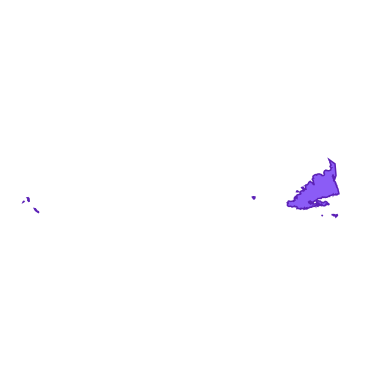 Supiori, Papua, Indonesia, rotated 305°
{"feature_id": "22746128B73598541988454", "entity_name": "Supiori", "entity_type": "district", "adm_level": 2, "iso_a3": "IDN", "parent_name": "Indonesia", "parent_adm1": "Papua", "projection": "albers", "projection_center": [135.52, -0.015], "detail": "fine", "context": "isolated", "style": "filled", "palette": "violet", "viewbox_px": 384, "rotation_deg": 305, "n_neighbors": 0, "source": "geoboundaries", "source_scale": "gbopen_adm2", "svg_char_len": 6042}
<svg xmlns="http://www.w3.org/2000/svg" viewBox="0 0 384 384"><g transform="rotate(305 192 192)"><path d="M297.2,285.5L296.6,286.4L296.4,287.2L295.1,288.2L295.1,288.8L294.2,289.6L293.9,290.5L293.1,290.3L292.0,290.5L291.6,291.7L291.3,292.0L291.6,292.4L291.1,292.3L289.5,293.0L287.9,291.9L287.4,291.2L287.2,290.4L286.6,289.6L286.8,289.3L286.7,289.1L285.3,288.5L284.7,288.5L284.2,288.7L284.1,288.9L283.2,289.0L282.8,290.1L282.1,290.5L281.5,290.5L280.7,290.1L280.0,289.1L280.5,288.4L280.5,288.1L280.2,287.8L280.3,287.4L279.9,286.7L280.0,286.3L279.6,285.6L278.4,284.3L277.9,284.2L277.5,284.5L277.3,284.4L277.3,283.8L277.0,283.0L274.7,282.1L273.6,282.4L273.0,283.6L272.6,283.3L271.5,283.1L271.4,283.7L270.9,284.1L271.0,284.7L269.9,285.6L269.9,285.8L269.1,286.3L268.9,286.9L268.1,287.7L267.9,287.5L267.9,286.9L268.1,286.5L268.1,286.3L268.6,285.6L268.4,285.1L268.6,284.7L268.2,284.0L268.5,283.3L268.4,283.3L268.3,282.6L267.8,282.5L267.5,282.3L266.6,282.2L266.0,282.5L265.1,282.5L264.5,282.2L264.1,282.3L264.0,282.0L263.2,281.6L263.1,281.3L262.1,281.5L261.9,281.3L261.9,281.8L261.5,282.3L261.0,282.5L260.2,282.5L260.1,283.2L259.7,283.8L259.3,283.4L259.3,282.9L258.6,282.9L259.3,282.5L258.4,282.0L257.1,281.8L256.6,282.2L256.3,281.7L255.5,280.9L254.3,280.6L253.4,280.9L253.4,281.6L253.0,281.5L252.8,282.1L252.5,282.1L250.4,280.2L249.8,279.8L249.3,279.8L247.9,281.1L247.0,281.6L247.0,280.9L246.7,280.6L246.8,280.5L247.0,280.5L247.4,280.8L247.7,280.5L247.6,280.3L248.0,279.9L247.7,279.2L247.4,279.2L246.5,279.7L246.3,279.6L246.1,279.3L245.6,279.3L245.0,280.4L244.4,280.4L244.5,280.7L244.4,280.9L244.0,280.5L243.7,280.8L243.4,280.8L243.2,280.2L242.8,280.5L242.6,280.5L242.4,279.8L240.9,278.3L240.1,276.4L239.8,276.2L238.8,276.3L238.6,276.7L238.2,276.8L237.9,276.5L237.8,277.1L237.5,277.0L237.5,277.3L236.1,277.5L235.7,278.0L235.6,278.7L235.8,279.7L237.0,281.1L237.1,281.7L237.0,282.2L237.1,282.6L238.5,283.7L239.2,283.9L239.4,284.2L239.0,284.6L239.0,285.0L240.1,286.1L240.1,286.3L239.7,287.0L238.9,287.2L238.7,287.4L239.2,287.6L239.1,287.9L239.5,288.3L239.4,288.5L239.9,289.5L240.1,290.5L240.3,290.5L240.2,290.7L240.4,290.8L240.7,290.7L240.8,291.0L241.2,290.8L241.5,291.2L242.0,292.6L242.3,292.7L242.2,293.1L242.5,293.0L242.6,293.8L242.9,293.7L243.0,293.3L243.3,293.3L243.1,293.5L243.3,294.0L243.9,294.4L243.7,294.4L243.5,294.8L244.1,294.9L244.7,295.3L244.8,295.6L244.6,295.7L244.9,295.8L244.8,296.0L245.0,296.0L245.8,296.8L247.2,297.3L247.3,297.6L247.6,297.7L247.6,298.1L248.4,298.9L248.8,298.7L249.5,298.7L250.0,299.4L250.0,300.0L250.4,300.1L250.5,300.5L251.3,300.7L251.8,301.2L251.6,301.5L252.1,301.3L253.5,302.0L253.3,302.3L253.3,302.5L252.4,302.9L252.5,303.4L253.4,303.5L253.6,303.8L254.1,303.9L254.3,304.1L255.1,304.2L254.9,304.7L256.3,305.1L256.2,305.8L255.9,306.0L256.0,306.3L255.9,307.2L256.1,307.5L256.8,308.6L257.3,308.9L257.9,308.7L258.3,309.1L258.7,309.2L258.8,308.9L259.1,308.8L259.1,309.3L259.4,309.3L259.2,309.7L259.7,309.8L259.5,310.1L260.0,310.5L260.0,311.2L260.4,311.3L260.7,311.0L260.8,310.5L260.6,309.9L261.1,308.3L261.0,307.1L260.6,306.5L260.3,306.6L258.8,305.7L258.4,305.6L258.4,304.9L257.7,304.0L258.0,303.4L258.1,302.2L257.6,301.6L257.4,300.8L256.6,299.7L255.3,299.7L255.0,300.6L255.3,301.0L254.9,301.1L254.6,301.6L254.7,302.2L255.0,302.3L254.8,302.4L255.0,302.8L254.5,302.7L254.3,302.1L253.7,301.7L253.4,301.0L253.7,300.2L253.2,300.0L251.9,298.6L251.8,298.4L252.3,297.9L252.1,297.5L251.9,297.4L251.9,297.2L251.6,297.2L251.6,297.4L251.8,297.4L251.5,297.6L251.3,297.2L251.6,296.9L251.4,296.9L251.2,296.6L251.4,296.4L251.1,296.5L250.9,296.2L251.1,295.8L250.9,295.8L250.7,296.1L250.6,295.9L250.9,295.7L250.4,295.8L250.5,295.6L250.3,295.5L250.5,295.1L250.3,295.0L250.4,294.2L250.2,293.8L250.4,293.6L250.5,294.0L250.7,293.8L251.1,293.9L251.1,293.4L251.3,293.4L251.3,293.6L251.8,293.6L252.5,294.1L252.3,294.9L252.4,295.1L252.2,295.3L252.3,295.8L253.1,297.1L253.7,297.2L253.8,297.1L254.3,297.4L254.9,297.4L254.9,297.6L255.3,298.0L256.1,298.4L256.8,298.3L257.1,298.7L258.9,298.9L259.5,299.8L260.2,300.4L260.5,301.1L260.9,301.1L261.0,301.5L261.4,301.4L261.7,301.6L262.1,301.5L262.3,301.7L262.6,301.7L262.6,302.1L262.8,302.2L263.0,302.8L263.3,302.8L263.8,303.5L263.7,303.8L264.1,304.5L264.4,304.5L264.8,305.0L265.0,304.8L264.8,305.1L265.0,305.4L265.6,305.7L265.7,305.9L266.7,306.3L267.1,306.7L267.5,306.6L267.8,306.8L267.7,307.1L268.0,307.0L269.6,308.3L270.4,308.6L270.4,309.0L270.9,309.0L270.6,309.3L271.1,309.2L271.1,309.4L270.9,309.7L271.9,310.9L272.3,311.8L272.6,312.0L272.6,311.6L272.7,311.8L272.8,311.6L272.9,312.0L274.1,312.6L274.3,313.1L274.8,313.4L276.3,311.8L276.6,311.3L278.1,309.9L278.8,308.7L278.8,308.2L279.4,307.9L279.6,307.4L279.5,307.2L279.9,306.9L280.5,306.8L280.6,306.3L280.5,305.7L280.8,305.4L281.6,305.0L281.8,304.6L281.7,304.2L281.9,304.2L282.4,303.7L282.6,302.3L282.4,301.9L282.6,301.6L282.9,301.2L283.3,301.3L283.6,301.1L284.0,300.4L284.5,300.3L284.4,299.7L284.9,299.6L285.0,299.1L285.2,299.4L285.3,299.0L285.6,299.1L285.6,298.6L286.4,297.6L286.8,297.8L285.9,299.2L286.0,300.3L285.6,300.8L284.7,301.2L284.0,301.2L283.9,301.7L288.1,300.5L297.1,293.0L297.2,285.5ZM254.9,321.1L253.9,319.9L253.5,319.2L254.1,320.5L254.2,320.9L253.8,321.1L253.8,321.6L254.2,321.9L254.4,322.9L254.3,323.8L254.0,324.2L256.1,324.6L256.6,324.2L256.7,323.8L255.5,323.1L254.9,321.1ZM91.1,63.9L93.2,62.1L93.1,61.3L93.3,61.0L92.7,60.4L92.4,61.6L91.6,61.9L90.9,62.4L90.9,63.1L90.7,63.6L91.1,63.9ZM87.8,77.3L87.5,76.7L87.6,75.7L88.4,73.3L88.0,72.4L87.3,73.7L87.0,75.2L87.1,77.9L87.5,77.9L87.8,77.3ZM224.0,246.5L223.9,246.1L223.2,244.8L222.5,244.4L222.3,245.5L221.8,245.9L221.8,246.8L222.8,247.0L224.0,246.5ZM258.5,279.3L258.2,280.5L258.4,281.1L258.7,281.1L259.3,280.8L259.7,280.3L259.0,279.5L258.5,279.3ZM252.9,277.3L252.2,277.5L252.7,278.4L253.3,279.0L253.4,277.8L252.9,277.3ZM256.0,305.6L255.7,305.2L255.4,305.2L255.2,305.3L255.0,305.8L255.7,306.2L256.0,305.6ZM87.9,59.8L87.8,59.5L87.3,59.4L86.8,59.5L87.4,59.8L87.9,59.8ZM247.6,312.8L247.6,312.5L247.3,311.4L247.3,312.2L247.6,312.8Z" fill="#8b5cf6" stroke="#5b21b6" stroke-width="1.5"/></g></svg>